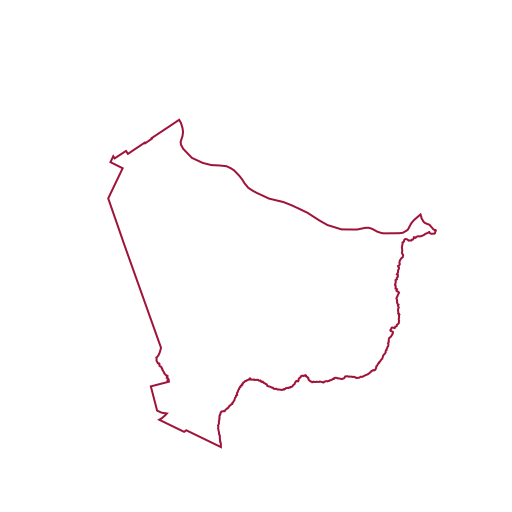 Rosario, Santa Fe, Argentina (Robinson projection), rotated 329°
{"feature_id": "61730980B23902943966550", "entity_name": "Rosario", "entity_type": "district", "adm_level": 2, "iso_a3": "ARG", "parent_name": "Argentina", "parent_adm1": "Santa Fe", "projection": "robinson", "projection_center": [-60.711, -33.096], "detail": "fine", "context": "isolated", "style": "outline", "palette": "rose", "viewbox_px": 512, "rotation_deg": 329, "n_neighbors": 0, "source": "geoboundaries", "source_scale": "gbopen_adm2", "svg_char_len": 6139}
<svg xmlns="http://www.w3.org/2000/svg" viewBox="0 0 512 512"><g transform="rotate(329 256 256)"><path d="M260.3,99.7L227.2,101.2L227.2,101.8L219.0,102.3L219.0,101.5L198.8,102.5L198.7,99.0L185.1,99.5L185.0,97.0L179.6,100.6L186.9,112.1L159.0,130.5L148.7,179.6L127.3,285.8L123.8,289.1L121.2,290.9L119.4,291.6L118.3,291.7L118.0,292.7L116.8,294.5L116.7,295.0L116.8,295.5L116.6,297.3L117.7,298.3L117.7,298.7L117.1,299.3L117.1,299.8L116.7,300.5L117.2,301.6L117.5,301.8L117.7,303.0L117.4,303.6L117.6,304.3L117.1,305.0L117.3,305.6L117.1,306.7L117.3,308.6L116.9,309.2L117.4,311.7L118.4,313.1L118.1,313.6L117.5,313.5L117.4,314.1L116.8,314.5L117.4,315.2L117.6,316.2L117.4,317.2L117.1,317.3L116.8,316.8L116.1,316.9L116.1,317.5L116.3,318.0L116.8,318.4L116.6,318.9L98.7,313.6L91.6,337.6L94.4,341.7L98.5,345.1L97.2,345.5L96.8,345.4L96.2,345.8L93.4,346.2L92.7,346.5L88.7,346.5L103.8,369.7L106.5,369.5L127.5,401.7L129.4,398.4L129.4,397.7L129.8,397.0L129.6,396.6L130.1,396.1L130.2,395.3L131.0,394.2L131.0,393.8L131.5,392.8L132.3,391.9L132.4,390.6L132.8,390.0L132.7,389.4L133.5,388.0L134.3,385.4L134.7,384.7L134.8,384.1L135.7,383.1L136.1,382.2L136.2,381.7L136.7,381.5L138.3,380.1L138.8,378.9L139.5,378.1L139.9,377.9L140.6,377.0L140.7,376.5L141.3,376.2L142.2,374.3L142.9,374.1L143.5,373.3L144.2,373.1L145.1,372.0L146.4,371.5L147.7,372.2L148.2,372.2L149.2,372.9L150.8,372.1L152.5,372.0L153.1,371.7L154.0,371.9L154.4,371.5L155.5,371.2L156.1,370.7L157.2,370.8L158.5,370.4L159.4,370.6L159.8,370.3L160.0,369.8L160.9,369.7L161.9,369.0L162.9,368.7L165.0,366.8L166.0,366.5L166.9,365.4L168.3,365.4L168.7,364.2L169.5,363.4L170.2,363.2L171.8,361.8L173.0,361.4L173.3,360.8L173.9,360.6L174.6,360.1L175.1,360.3L175.9,359.5L176.8,359.4L177.1,359.6L177.4,359.1L178.1,359.2L178.4,358.6L179.1,358.6L179.6,358.1L180.1,357.9L180.7,358.1L182.3,357.6L183.0,358.0L183.4,357.8L184.1,358.0L184.6,357.9L185.1,358.1L186.5,358.2L187.5,357.7L187.8,357.9L187.4,358.5L187.4,359.0L188.2,359.1L188.8,359.9L189.7,360.4L190.1,360.8L190.7,360.8L190.8,361.3L192.2,362.3L193.8,363.0L194.1,363.4L194.2,364.2L194.9,364.8L195.6,365.0L195.6,365.8L196.0,366.1L195.9,366.7L196.4,366.8L196.6,367.2L197.1,367.3L197.1,368.0L197.2,368.4L197.5,368.6L197.5,369.2L198.0,369.7L198.5,370.9L199.0,371.3L199.0,372.4L198.8,373.3L200.6,375.1L201.3,376.1L201.5,376.7L202.7,377.6L202.6,378.5L203.2,379.4L204.0,379.6L204.2,379.9L205.3,380.5L205.5,381.3L206.0,381.8L206.9,382.2L209.0,384.0L209.6,384.2L209.9,384.4L210.7,384.3L211.2,384.9L211.8,384.6L212.7,385.0L213.6,384.7L215.4,385.4L215.8,385.9L216.8,385.8L217.4,386.3L218.1,386.0L218.9,386.5L220.1,386.5L221.4,385.8L223.0,385.7L224.5,384.5L225.6,384.3L226.0,383.9L226.4,384.0L227.6,385.1L228.4,384.6L229.1,383.5L230.4,382.9L231.6,383.0L232.6,382.2L234.0,382.4L234.3,382.6L234.7,383.2L235.3,383.2L236.0,383.6L236.6,383.5L237.0,383.6L237.2,383.9L237.3,384.2L236.8,384.8L237.2,385.3L237.7,386.4L237.7,386.8L238.0,387.2L237.7,387.6L237.7,388.6L237.4,389.3L237.9,390.8L238.0,391.5L238.9,392.3L239.1,393.1L239.6,393.1L239.9,393.4L240.4,393.6L240.9,393.5L241.5,394.2L242.5,394.9L243.3,395.0L244.3,395.9L245.5,396.5L246.1,396.5L248.2,398.6L248.4,399.1L249.1,399.2L249.6,398.9L250.0,399.1L250.8,399.1L251.9,399.5L252.7,400.3L253.9,400.4L254.5,400.8L255.4,400.6L256.4,401.1L258.5,401.1L259.1,401.4L259.2,401.0L260.4,400.9L261.4,401.3L262.6,402.2L263.0,403.0L264.0,403.6L266.3,405.8L268.9,406.1L270.3,405.2L272.3,406.0L273.0,407.0L273.9,407.3L274.5,407.9L275.9,408.7L276.6,409.6L277.1,409.6L277.8,410.1L278.4,410.7L278.6,411.5L279.0,411.7L279.3,412.3L281.9,413.5L283.5,413.4L285.1,414.4L286.9,414.4L291.4,415.0L295.0,414.4L295.9,414.0L297.1,414.4L297.8,414.2L298.6,415.0L299.8,414.9L301.4,413.7L302.2,412.6L303.0,412.5L305.9,410.9L306.6,411.0L307.0,410.4L308.0,410.3L309.8,409.4L311.3,409.1L313.7,406.9L315.1,406.3L316.1,406.1L317.5,405.4L317.9,404.6L318.7,403.9L319.5,403.9L319.8,403.2L321.2,402.4L321.8,401.7L322.9,401.3L324.1,399.8L324.2,398.8L325.7,398.0L326.0,397.0L327.7,395.0L330.5,394.5L331.7,393.7L332.6,393.5L333.1,392.8L333.8,392.4L334.2,391.7L334.2,391.3L332.8,389.6L332.9,388.9L333.1,388.6L334.2,388.3L335.3,387.3L336.4,387.8L337.7,389.2L337.9,389.2L338.9,388.3L340.4,388.6L341.5,387.5L343.0,387.4L344.0,387.0L344.7,385.7L345.3,385.3L345.7,383.8L347.0,382.4L347.9,380.6L348.7,380.2L348.8,379.2L348.2,378.6L348.3,378.4L349.0,377.6L349.8,375.5L350.3,375.1L350.9,374.2L351.8,373.7L351.9,373.4L352.0,371.8L353.1,371.1L352.7,370.3L352.8,368.8L353.4,368.0L353.5,367.3L354.3,366.4L354.5,364.7L355.5,363.8L356.3,363.6L356.9,362.9L359.7,361.1L359.6,360.0L358.8,359.1L358.5,358.1L359.8,357.2L359.2,356.1L358.8,355.8L359.0,355.3L360.0,354.4L360.1,353.7L360.5,353.0L360.2,352.5L361.0,351.5L361.5,351.3L362.6,350.1L362.7,349.3L363.2,348.5L364.7,348.6L365.3,347.3L366.5,347.0L367.3,346.5L367.5,346.0L367.4,345.5L367.9,345.0L367.4,344.2L369.3,343.2L369.6,342.8L370.1,341.7L372.1,340.4L372.6,339.5L372.4,338.2L372.6,337.7L373.8,337.8L374.8,337.3L375.2,336.9L375.3,335.8L377.0,333.9L378.3,333.4L379.2,332.8L381.2,332.6L381.6,332.0L382.4,331.3L382.6,330.8L382.6,328.5L383.5,327.6L384.5,326.1L385.7,323.4L387.9,321.1L388.5,319.9L390.0,319.9L390.5,319.6L390.9,318.9L391.5,318.5L392.7,318.3L394.0,319.4L394.6,320.7L394.7,321.4L395.9,321.9L397.0,322.7L397.8,322.3L398.6,322.7L399.0,322.7L400.3,322.1L400.9,321.3L401.1,321.2L402.1,322.6L403.2,322.2L405.1,322.5L406.3,323.5L407.9,324.1L411.2,324.5L412.5,324.2L414.9,324.7L416.5,324.6L416.8,324.7L416.6,325.1L417.1,326.5L417.8,327.3L420.4,328.7L421.0,328.7L422.0,327.7L423.2,326.9L423.3,326.2L422.5,325.9L421.8,324.5L420.8,318.6L418.0,315.0L417.3,313.3L417.3,308.9L417.8,307.7L418.4,305.1L409.7,306.6L405.8,308.0L400.0,311.5L398.6,311.8L393.8,311.7L390.8,310.4L377.7,302.7L375.6,301.2L372.5,297.6L369.5,292.5L367.2,289.9L364.1,288.1L356.3,285.4L343.1,277.3L333.2,266.3L328.6,258.1L322.3,245.3L312.6,230.8L307.4,224.0L296.8,213.6L289.2,202.4L287.0,198.7L284.5,193.6L283.6,187.6L283.6,183.8L283.0,178.6L281.3,171.3L279.6,167.8L276.9,163.8L271.5,159.7L264.6,155.1L258.3,148.8L251.6,138.9L248.8,126.7L249.0,122.1L250.1,119.4L254.8,115.3L257.2,112.3L258.8,108.8L260.2,103.4L260.3,99.7Z" fill="none" stroke="#9f1239" stroke-width="2"/></g></svg>